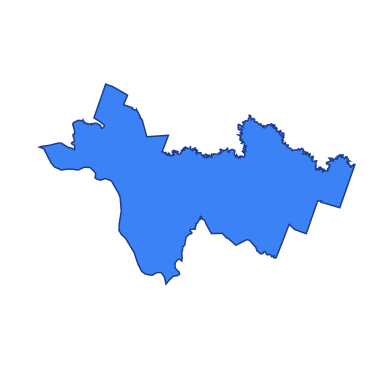 La Capital, Santa Fe, Argentina, rotated 98°
{"feature_id": "61730980B6439123039884", "entity_name": "La Capital", "entity_type": "district", "adm_level": 2, "iso_a3": "ARG", "parent_name": "Argentina", "parent_adm1": "Santa Fe", "projection": "mercator", "projection_center": [-60.794, -31.494], "detail": "fine", "context": "isolated", "style": "filled", "palette": "blue", "viewbox_px": 384, "rotation_deg": 98, "n_neighbors": 0, "source": "geoboundaries", "source_scale": "gbopen_adm2", "svg_char_len": 6055}
<svg xmlns="http://www.w3.org/2000/svg" viewBox="0 0 384 384"><g transform="rotate(98 192 192)"><path d="M182.0,296.3L186.2,290.5L188.3,289.8L190.9,290.1L191.7,289.7L192.4,288.3L193.0,284.1L191.0,280.3L190.9,278.5L192.3,273.3L204.0,264.2L207.7,262.3L220.7,259.4L233.7,259.6L240.3,258.9L244.0,255.9L247.0,251.4L260.3,240.7L271.2,235.3L277.6,230.7L279.6,227.3L280.1,222.2L279.8,219.6L276.8,215.8L276.1,211.8L277.4,209.8L280.1,207.5L286.8,204.9L282.1,202.1L278.0,198.8L276.8,194.8L275.1,192.8L273.0,193.7L270.2,197.5L268.6,198.4L264.8,198.8L261.9,197.4L260.4,195.8L260.4,194.7L261.8,192.5L258.4,192.6L252.7,193.9L251.1,193.3L247.6,193.5L246.3,192.2L245.0,191.9L237.3,191.5L234.3,188.9L233.1,186.5L232.2,186.5L230.6,188.6L229.3,188.6L228.2,183.5L225.9,183.9L224.1,183.2L222.7,183.7L221.7,182.1L218.7,181.2L217.6,179.5L217.4,180.4L215.0,180.2L214.8,179.9L217.2,177.8L218.7,175.2L221.3,173.9L230.5,167.0L228.7,156.3L232.8,151.2L232.7,150.2L238.6,141.0L231.6,131.2L231.8,128.4L237.7,121.3L241.2,119.4L243.8,115.1L242.9,113.2L241.3,112.5L241.0,111.4L243.8,108.9L243.0,106.2L243.6,105.0L245.0,104.2L243.8,102.0L245.4,102.2L245.9,101.7L245.4,99.5L210.5,91.3L214.9,85.0L217.4,73.1L183.5,66.4L182.8,62.6L184.1,62.9L187.0,43.5L143.2,34.7L144.0,35.5L143.5,35.7L142.2,34.9L142.1,35.6L146.0,38.8L144.0,38.2L143.9,39.6L142.7,40.1L142.6,41.6L141.5,40.9L141.2,42.5L140.4,41.8L140.2,43.3L139.4,40.3L139.0,41.7L137.7,41.9L137.3,43.1L135.6,43.4L135.7,44.7L137.6,45.5L136.1,47.5L136.9,48.5L136.5,49.0L135.4,47.7L134.1,47.7L134.6,48.9L136.0,50.0L135.5,50.9L134.8,49.7L134.5,50.5L135.0,51.3L136.2,51.6L136.5,53.1L137.3,52.2L138.1,52.6L138.2,54.0L139.2,53.1L139.9,56.9L141.5,56.4L140.8,57.7L139.7,57.3L139.2,57.8L139.4,61.0L141.7,58.5L144.1,62.9L145.4,62.7L145.9,59.6L146.6,58.9L147.4,59.8L148.3,59.4L150.2,60.9L151.6,60.8L151.5,60.1L152.3,60.7L152.6,63.7L151.2,64.0L151.3,65.1L152.9,64.6L153.9,65.3L151.9,66.0L151.1,67.4L150.7,66.6L149.4,68.5L149.9,69.5L150.9,68.2L152.0,68.3L152.6,69.1L151.4,69.4L151.4,70.5L152.8,71.6L152.2,72.9L151.1,72.2L149.7,73.5L148.2,72.7L146.8,73.6L143.8,73.0L144.8,76.8L143.5,78.2L142.6,76.9L140.0,76.9L140.0,78.1L141.5,78.8L141.3,80.1L139.6,81.7L139.3,80.2L137.8,80.5L138.7,81.9L136.9,83.0L139.0,84.3L138.6,84.7L136.9,84.0L136.5,85.9L138.1,85.2L138.9,87.1L138.6,87.8L135.1,87.2L134.1,88.0L133.5,89.5L135.6,91.4L134.3,92.5L135.6,93.5L136.2,96.7L137.1,98.4L136.0,98.8L134.8,101.2L134.9,103.0L134.3,103.8L133.5,104.1L132.8,103.1L132.1,103.2L132.4,105.6L132.0,106.4L131.4,106.8L131.0,106.1L130.1,106.4L131.4,107.9L130.9,109.2L128.1,108.8L127.9,109.4L129.3,109.5L127.9,110.3L125.0,108.7L124.7,110.5L123.3,108.9L121.0,109.4L120.9,110.9L123.0,111.3L123.3,112.3L122.1,113.4L120.0,112.4L118.8,112.8L119.8,114.2L120.8,114.4L120.0,115.5L120.1,116.8L117.6,116.6L116.4,117.5L116.4,118.0L117.6,117.8L117.6,119.0L116.8,120.3L115.6,119.2L114.1,119.5L114.5,120.5L115.9,120.9L115.4,122.5L114.0,121.3L113.5,123.1L114.8,124.7L114.9,126.7L116.8,127.3L116.3,128.5L116.8,129.9L117.5,130.2L118.3,129.4L118.3,130.5L116.3,131.0L116.7,132.0L116.3,133.3L114.3,133.1L115.8,134.1L115.7,135.2L113.6,137.3L114.1,139.6L111.1,140.2L110.7,141.9L112.1,143.1L111.2,143.1L110.7,144.2L108.8,144.3L108.0,145.1L108.2,146.1L110.2,145.2L111.3,146.3L113.5,146.5L114.1,147.3L114.0,149.2L115.1,149.6L115.7,151.5L116.3,151.4L116.9,150.2L118.5,150.3L119.6,151.3L120.6,150.8L118.7,154.1L118.6,155.3L119.0,155.7L123.5,154.8L124.0,153.3L122.8,152.5L123.4,150.9L125.3,152.0L126.7,151.0L126.9,152.2L127.5,151.6L126.6,150.4L127.6,150.2L128.0,151.2L129.0,151.6L129.1,154.0L130.5,151.3L132.6,152.0L134.2,151.4L134.4,150.6L132.8,151.1L133.6,149.5L134.7,149.3L134.8,148.8L137.0,149.9L137.1,149.4L135.7,148.7L135.3,147.8L137.0,146.8L139.5,146.9L138.5,145.3L138.9,144.4L139.8,144.4L141.7,147.2L142.2,146.2L141.1,145.6L142.8,144.8L143.2,146.6L144.3,147.6L144.9,147.0L144.8,144.6L145.3,144.9L145.5,146.8L146.5,145.3L147.9,144.8L149.0,144.6L150.2,145.7L149.6,148.3L151.5,149.1L150.8,149.6L149.8,148.8L150.1,150.0L152.0,150.9L148.8,153.1L151.1,153.7L148.1,155.8L146.7,155.2L144.9,155.4L144.2,157.7L144.6,159.0L145.7,160.4L147.5,160.9L147.5,161.6L143.8,162.8L146.2,164.7L146.3,166.5L147.1,166.7L145.7,168.9L145.7,169.9L146.1,170.2L147.1,169.0L148.5,169.6L148.8,168.5L150.0,169.0L149.9,171.2L150.9,171.2L151.4,173.2L151.1,175.5L152.0,176.3L151.7,177.7L154.8,177.3L154.2,178.9L152.9,179.5L153.7,181.3L154.9,180.5L155.6,180.8L155.9,183.0L154.7,181.9L153.2,182.0L152.6,183.9L155.0,185.1L156.0,184.8L155.7,185.5L153.9,186.1L154.4,187.2L151.8,188.8L152.3,190.6L151.9,192.0L153.8,192.6L152.3,193.5L152.0,192.8L151.3,192.8L150.3,194.1L150.1,192.7L149.3,193.7L149.9,194.2L150.0,195.3L148.0,194.9L149.2,197.2L150.8,197.4L150.6,198.2L149.8,199.1L146.6,200.0L149.0,199.8L149.4,200.3L149.4,202.4L148.4,204.4L148.9,205.7L150.4,206.5L149.2,204.6L149.6,204.2L150.8,205.5L151.0,206.7L151.7,205.7L152.6,208.3L153.8,207.9L154.6,208.7L155.5,208.3L156.1,208.7L156.5,211.2L156.1,211.9L154.9,211.5L154.9,213.5L153.9,212.1L153.3,216.4L154.1,216.6L154.5,215.4L155.2,215.2L155.4,217.0L157.7,214.8L158.1,215.4L157.7,216.6L158.9,216.8L159.1,218.7L157.6,219.1L156.7,220.3L157.6,221.3L158.6,219.9L159.2,220.4L158.2,223.5L156.6,223.2L156.5,223.9L157.2,225.0L156.1,226.5L156.3,227.2L139.1,223.2L143.6,244.5L128.1,251.1L126.4,252.3L126.1,253.8L124.6,253.7L117.8,258.6L119.0,258.8L117.9,262.8L116.9,262.6L115.1,271.9L105.1,269.3L98.8,284.8L97.2,292.5L132.3,299.4L134.5,294.2L138.0,288.1L139.0,288.0L141.6,289.6L141.5,290.4L138.8,291.9L137.2,296.4L137.6,298.6L138.9,300.0L138.2,300.8L139.4,301.4L138.7,302.3L139.3,303.6L138.7,304.4L139.3,304.9L138.5,306.5L138.6,308.5L137.4,308.3L136.5,309.9L135.7,310.1L136.8,311.0L136.8,314.6L139.7,319.0L141.7,319.5L147.6,316.8L150.9,316.3L151.3,317.6L152.5,317.8L157.8,315.3L160.3,318.2L161.3,317.5L161.7,315.3L162.2,314.8L166.4,314.1L165.2,318.0L165.0,321.1L161.8,328.2L162.3,331.6L165.6,339.7L167.9,347.8L168.8,349.3L169.7,344.8L183.1,335.4L186.4,331.5L188.4,324.5L186.6,318.2L186.0,312.8L186.2,309.3L185.7,307.1L182.6,302.4L182.2,300.5L182.0,296.3Z" fill="#3b82f6" stroke="#1e3a8a" stroke-width="1.5"/></g></svg>